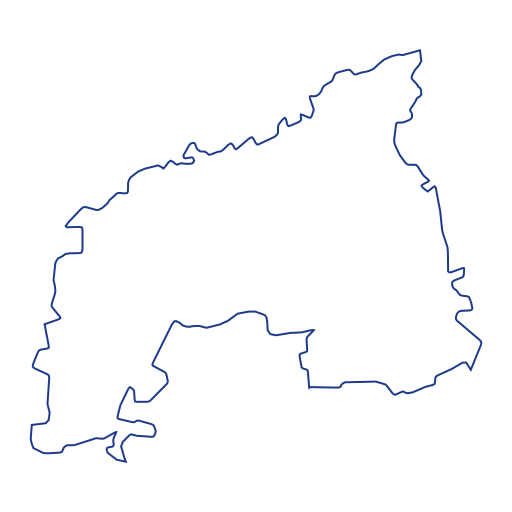 an SVG outline of Khomas
{"feature_id": "NAM-3340", "entity_name": "Khomas", "entity_type": "Region", "adm_level": 1, "iso_a3": "NAM", "parent_name": "Namibia", "parent_adm1": "", "projection": "orthographic", "projection_center": [17.098, -22.865], "detail": "fine", "context": "isolated", "style": "outline", "palette": "blue", "viewbox_px": 512, "rotation_deg": 0, "n_neighbors": 0, "source": "natural_earth", "source_scale": "10m", "svg_char_len": 5772}
<svg xmlns="http://www.w3.org/2000/svg" viewBox="0 0 512 512"><path d="M125.4,193.3L127.2,193.0L127.8,191.8L128.0,190.9L128.1,183.0L128.9,180.2L130.6,177.3L138.3,171.5L145.1,168.6L158.1,165.4L159.9,166.4L162.2,167.4L163.1,168.5L164.2,167.8L165.4,166.4L167.8,163.1L169.2,161.7L170.6,160.7L172.1,161.3L175.4,163.8L177.2,164.7L178.7,164.1L180.3,163.4L181.9,163.3L186.7,163.9L191.8,163.6L193.4,162.3L194.1,160.6L193.5,158.9L192.7,157.6L191.2,157.4L185.8,158.3L184.3,158.1L183.7,157.0L183.5,155.7L183.7,154.6L184.6,153.4L189.2,145.2L190.5,143.7L192.1,143.1L193.6,142.9L194.7,143.3L195.4,144.7L196.7,148.4L198.1,150.0L200.2,151.4L204.7,151.6L206.7,152.8L209.0,154.8L210.6,154.5L218.2,151.7L220.3,151.6L222.2,150.5L223.8,149.2L227.1,145.9L228.8,144.5L230.8,143.4L232.2,144.3L233.4,145.9L234.4,147.7L235.4,149.1L236.2,149.2L237.6,148.3L248.5,139.0L250.3,137.8L251.9,137.2L253.1,138.2L254.1,139.9L255.0,141.9L256.1,143.5L257.3,144.6L259.1,144.1L274.8,136.7L277.0,134.7L278.0,132.6L278.0,127.1L278.3,125.4L279.2,123.7L281.9,120.4L283.3,118.9L284.8,117.8L285.6,118.6L286.2,120.1L287.1,123.9L287.7,125.4L288.5,126.1L290.0,125.8L297.8,122.5L299.6,121.5L300.8,120.4L301.1,118.7L300.7,115.4L300.9,114.5L302.1,114.7L308.8,117.6L310.3,117.8L311.2,116.8L312.0,115.3L313.6,110.4L313.7,109.4L313.2,107.8L309.9,98.2L309.8,96.5L310.8,96.1L314.2,96.3L316.1,96.0L317.8,95.0L319.4,93.7L320.6,92.2L321.3,91.2L322.5,87.9L324.0,86.0L325.8,84.7L331.3,81.5L332.2,80.7L334.2,75.7L335.3,73.8L337.0,72.8L338.8,72.1L346.5,70.1L348.3,69.8L349.8,70.0L351.3,71.3L353.9,74.1L354.9,74.5L356.1,74.4L360.9,72.7L368.7,71.1L373.2,69.0L375.1,67.5L378.6,64.1L384.3,59.5L392.2,56.0L399.0,54.5L402.6,55.1L420.0,50.3L421.3,60.9L419.2,65.0L415.0,69.9L412.4,74.6L411.7,76.6L411.6,78.1L412.0,78.9L412.5,79.6L413.0,80.2L415.5,82.6L416.6,84.0L418.0,86.3L418.5,87.0L419.2,87.5L419.9,87.8L420.5,88.7L421.0,90.2L421.4,94.1L420.4,95.8L419.2,96.8L418.1,97.4L416.7,98.6L415.3,101.7L410.7,108.6L410.1,110.1L410.6,111.3L411.5,112.8L412.0,114.2L412.0,117.2L411.1,118.6L409.5,119.9L403.7,122.3L402.0,122.5L399.5,122.5L398.1,122.6L396.6,123.1L396.0,124.6L394.1,140.4L394.5,143.2L395.4,145.9L399.9,155.3L405.2,162.5L407.1,164.3L409.2,164.8L415.8,164.8L417.0,165.7L418.0,166.9L422.4,174.0L424.5,176.5L427.6,179.1L429.0,180.5L428.3,181.6L422.8,184.4L421.5,185.6L422.1,186.9L423.3,188.1L427.5,191.4L427.7,191.5L428.0,191.3L433.1,187.2L434.6,186.3L435.3,186.9L435.8,188.1L440.2,211.2L442.1,229.7L442.9,233.3L447.5,247.3L447.9,252.4L448.1,271.4L449.3,272.3L450.9,272.3L462.5,268.1L463.8,268.0L464.1,269.2L464.1,270.8L463.8,274.3L463.5,275.8L463.0,276.8L461.5,277.6L454.2,280.5L453.4,281.0L452.2,282.1L452.1,283.7L452.3,285.5L453.0,287.3L453.8,288.6L456.3,290.2L459.7,294.7L461.3,295.4L463.0,295.8L466.6,296.2L468.1,296.6L469.0,297.2L469.7,298.7L471.2,302.8L472.4,308.5L471.5,309.8L470.0,310.4L460.8,310.9L459.3,311.4L457.8,312.6L456.7,314.6L456.0,316.8L455.9,318.9L456.9,320.6L479.6,339.9L481.2,341.8L481.3,343.4L480.7,345.5L470.8,369.8L466.2,362.5L462.5,362.7L451.3,369.2L437.2,375.6L435.8,376.8L435.3,378.4L435.0,382.1L434.5,384.0L432.6,385.0L425.6,386.8L413.0,392.2L410.0,392.9L407.5,393.2L404.8,392.5L403.5,391.5L401.8,391.8L395.4,394.7L394.0,394.4L392.6,393.4L386.9,385.9L385.6,384.7L384.0,384.0L375.8,381.6L344.8,382.3L342.5,383.7L341.0,385.3L340.5,386.9L339.1,387.4L337.4,387.6L310.2,387.1L309.2,387.8L307.9,372.1L307.6,370.6L307.1,369.9L305.7,369.3L303.1,368.5L302.3,368.0L301.6,367.3L299.6,356.5L299.6,354.9L300.3,353.8L306.2,351.9L307.0,351.2L307.2,349.8L306.6,340.6L306.6,338.9L306.9,337.6L308.0,336.1L313.9,330.2L313.5,330.0L310.9,330.2L301.6,332.4L290.5,332.9L275.9,335.3L270.3,334.1L267.6,330.1L267.3,322.5L266.6,317.9L265.2,315.4L262.4,314.1L255.2,311.6L248.5,311.6L237.6,313.7L227.8,320.9L219.7,324.5L206.5,327.8L199.2,325.9L193.2,326.1L189.6,326.8L186.4,326.6L182.9,325.6L180.0,323.0L176.1,321.1L174.2,321.4L171.8,324.7L153.2,362.2L152.6,363.7L152.4,364.9L153.1,365.8L153.8,366.2L165.0,372.3L165.9,373.3L166.5,374.9L167.7,380.4L167.7,382.2L167.1,383.6L150.5,400.4L148.9,401.4L147.2,401.8L136.3,401.8L135.1,401.4L134.7,400.0L134.1,391.2L133.8,390.2L132.2,388.6L130.0,387.1L129.0,387.9L128.1,389.3L120.4,405.2L117.8,415.4L117.6,417.0L117.7,418.3L118.9,419.0L132.9,422.3L134.4,422.1L137.1,420.6L138.8,420.6L151.1,424.0L152.6,424.7L153.6,425.4L154.3,426.7L155.6,430.5L155.7,431.6L155.4,433.0L154.5,435.1L153.8,436.2L153.0,436.7L151.5,436.8L137.0,435.8L131.7,434.4L130.5,434.5L129.0,435.6L122.8,441.9L121.1,446.4L124.2,457.3L125.8,461.7L116.7,459.7L107.7,452.8L106.7,450.2L106.8,448.3L107.9,447.5L108.8,447.2L111.9,446.8L113.2,446.0L113.8,444.7L113.2,441.2L113.5,438.9L114.2,436.7L115.8,433.4L116.2,432.1L115.0,432.4L105.2,437.9L103.4,438.7L101.5,438.7L96.5,438.2L95.4,438.4L74.6,445.1L67.1,445.3L65.0,446.4L63.6,447.9L63.0,449.6L62.3,451.1L61.4,452.2L59.9,452.6L47.9,453.3L43.3,453.0L33.4,448.1L31.6,443.2L30.7,438.8L31.8,424.9L45.5,423.3L48.6,420.2L49.6,413.4L49.6,412.4L47.8,405.3L47.5,403.8L49.2,378.3L49.1,376.7L48.7,375.3L47.5,374.3L34.9,368.5L33.8,367.8L32.8,366.8L32.8,365.3L33.3,363.6L37.5,353.1L38.4,351.5L39.4,350.2L41.0,349.6L46.4,348.7L47.8,348.3L48.7,347.8L48.8,346.6L48.7,345.7L44.6,324.2L57.8,319.6L59.5,318.9L60.4,318.0L59.9,316.7L52.5,307.7L51.6,306.1L51.7,304.4L52.1,302.7L54.9,293.8L55.3,292.0L55.3,290.1L54.9,286.2L54.2,282.6L53.7,281.1L53.6,280.3L53.6,279.4L55.3,263.3L56.4,260.8L58.1,258.4L62.6,256.1L65.1,254.2L67.9,253.6L69.9,253.3L79.7,253.1L81.5,252.6L82.2,250.9L82.5,248.8L82.5,230.5L82.4,229.0L82.0,227.5L80.8,227.1L79.3,226.9L67.0,227.3L66.3,226.9L65.7,226.0L68.6,222.1L81.4,208.6L83.6,207.1L86.0,207.1L96.1,209.9L98.1,210.0L100.2,209.1L102.6,207.7L107.4,203.4L109.5,200.1L115.2,195.1L116.8,193.4L118.7,193.0L120.8,193.0L123.2,193.3L125.4,193.3Z" fill="none" stroke="#1e3a8a" stroke-width="2"/></svg>